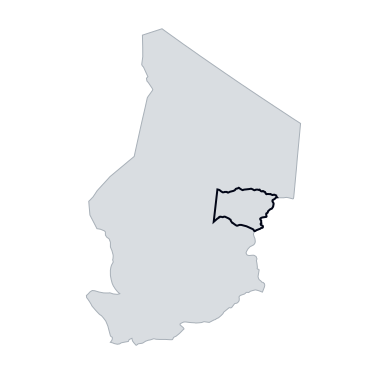 Chad, with Wadi Fira highlighted, rotated 6°
{"feature_id": "TCD-1473", "entity_name": "Wadi Fira", "entity_type": "Prefecture", "adm_level": 1, "iso_a3": "TCD", "parent_name": "Chad", "parent_adm1": "", "projection": "orthographic", "projection_center": [21.824, 14.959], "detail": "fine", "context": "in_parent", "style": "outline", "palette": "ink", "viewbox_px": 384, "rotation_deg": 6, "n_neighbors": 0, "source": "natural_earth", "source_scale": "10m", "svg_char_len": 6639}
<svg xmlns="http://www.w3.org/2000/svg" viewBox="0 0 384 384"><g transform="rotate(6 192 192)"><path d="M292.8,112.5L292.9,121.4L293.0,130.3L293.1,139.2L293.2,148.2L293.4,157.1L293.5,166.0L293.6,174.9L293.7,183.8L293.7,186.8L293.5,188.0L293.4,188.1L293.0,188.3L288.4,187.6L286.4,187.5L283.6,188.2L279.5,188.6L276.8,188.5L275.0,190.0L273.5,191.9L274.2,196.3L274.1,197.8L273.5,199.3L272.3,200.6L271.0,201.7L270.3,202.6L269.3,204.6L268.7,205.6L268.7,206.8L268.5,208.1L267.8,208.8L265.8,209.3L264.6,209.9L263.6,210.9L262.9,211.6L263.3,212.5L263.8,213.8L264.0,215.8L264.2,216.9L265.2,217.9L265.8,218.5L266.0,219.4L265.4,220.1L263.1,221.5L262.1,222.0L261.0,222.8L260.6,223.0L258.9,224.4L258.0,225.6L257.6,226.6L257.6,228.0L258.5,230.1L259.5,231.9L259.8,233.2L260.1,234.7L260.0,236.0L259.5,237.2L258.6,238.3L255.4,240.4L253.7,242.6L252.5,245.3L252.1,246.8L252.5,247.8L253.2,248.7L254.1,249.1L255.6,249.2L257.9,248.7L260.1,248.4L262.4,249.4L263.6,251.7L263.2,253.4L264.1,256.4L264.9,260.0L264.8,261.3L265.1,261.7L266.6,262.0L266.9,262.8L266.5,269.2L267.2,271.0L268.1,272.3L269.2,272.9L270.4,273.8L270.9,274.4L272.2,274.5L273.7,275.7L274.1,277.2L274.0,278.7L273.1,282.0L272.5,284.2L271.6,284.0L269.9,283.5L267.8,283.0L265.3,282.7L262.8,283.6L260.2,284.7L259.4,285.6L258.6,286.1L257.5,286.0L256.4,286.2L255.8,287.0L254.9,287.9L251.1,289.7L250.3,290.4L249.8,291.1L249.8,291.8L250.2,293.4L250.2,295.3L249.3,296.8L248.3,297.8L247.2,298.2L246.3,298.4L245.7,299.1L243.7,302.5L242.8,303.2L241.1,303.1L236.0,308.3L235.5,309.8L233.7,312.0L231.4,314.4L229.3,315.5L229.1,316.0L228.6,316.4L227.3,316.9L222.8,319.9L217.5,319.7L215.2,320.8L212.9,321.3L209.5,321.9L208.5,321.8L204.2,322.0L199.2,321.9L197.3,322.2L195.4,323.3L194.1,324.3L193.9,324.6L194.1,325.0L194.0,325.4L197.5,327.8L198.4,329.0L197.5,330.1L197.1,330.3L196.5,331.3L194.4,333.9L191.2,337.1L189.6,338.0L188.9,338.6L188.1,340.7L187.5,341.0L185.4,341.2L181.1,341.4L175.2,342.0L171.6,342.2L169.4,341.9L166.3,343.3L165.2,343.7L164.5,343.8L161.5,345.2L158.9,347.3L158.0,347.7L154.4,348.6L152.9,350.1L152.3,350.2L150.0,348.1L148.4,346.3L147.7,344.4L147.6,343.8L147.2,343.9L145.9,344.7L144.8,345.6L144.3,347.3L140.5,348.4L137.4,349.4L135.9,350.6L133.7,351.2L130.8,350.9L128.6,350.3L126.5,350.0L127.5,348.5L128.0,347.3L128.1,345.8L127.9,344.8L126.7,344.3L125.9,343.5L124.1,338.8L122.3,334.0L119.7,329.3L116.8,326.2L114.7,324.3L114.1,324.1L113.0,323.5L112.2,322.9L108.4,319.6L104.5,315.9L103.5,314.3L101.6,311.8L99.4,309.2L98.3,308.1L97.8,306.0L99.4,304.2L101.1,301.9L103.1,300.4L105.7,300.4L110.0,301.2L114.7,301.6L119.3,301.2L120.5,300.9L121.7,301.0L124.2,301.6L128.5,301.6L130.8,300.7L128.4,299.0L125.8,296.4L123.5,293.5L122.1,291.0L120.8,287.6L119.6,283.6L119.0,278.3L119.2,275.3L119.6,273.2L121.0,269.8L120.2,267.8L120.4,266.1L120.3,263.7L120.0,262.5L118.4,258.4L118.1,258.0L116.6,255.1L116.1,250.5L114.5,247.3L111.9,245.8L110.4,243.9L110.0,240.7L108.9,239.8L104.8,238.6L101.3,238.4L98.9,234.7L95.8,230.0L92.9,225.6L91.2,216.9L90.3,212.0L91.6,210.5L94.2,207.1L97.6,200.5L105.1,190.4L108.9,185.2L116.4,177.5L125.6,168.0L130.8,162.7L131.9,152.7L133.1,142.2L134.0,134.2L135.1,124.8L136.1,116.9L136.8,111.1L137.7,103.0L138.4,101.5L142.0,95.2L142.3,94.3L141.7,93.2L137.1,87.7L135.6,86.4L134.8,83.6L136.1,82.0L130.7,72.8L129.3,71.6L128.7,70.5L128.7,68.9L128.9,62.6L127.8,52.7L126.3,41.2L133.2,38.1L138.4,35.8L145.1,32.8L151.0,36.2L159.6,41.1L168.2,46.0L176.9,50.8L185.6,55.7L194.4,60.5L203.2,65.3L212.0,70.1L220.9,74.9L229.8,79.7L238.7,84.4L247.6,89.1L256.6,93.8L265.6,98.5L274.7,103.2L283.7,107.9L292.8,112.5Z" fill="#d9dde1" stroke="#a8b0b8" stroke-width="1"/><path d="M277.1,188.4L276.6,188.5L276.1,188.8L274.9,190.3L273.4,191.3L273.0,191.7L272.9,192.4L273.0,192.9L273.3,193.4L273.7,193.9L274.2,194.5L274.4,195.1L274.4,195.8L274.2,198.1L274.0,198.5L273.2,200.1L273.0,200.3L272.4,200.6L271.9,200.8L271.5,201.1L269.8,203.0L269.6,203.4L269.5,203.9L269.5,204.3L269.4,204.6L269.0,205.0L268.3,205.4L268.1,205.8L268.1,206.3L268.3,207.4L268.4,207.7L268.7,208.4L268.7,208.5L268.6,208.8L268.4,209.0L264.5,210.0L263.7,210.4L262.9,211.0L262.6,211.7L263.0,212.5L263.6,212.9L263.8,213.2L264.0,215.4L264.1,215.5L264.3,215.7L264.3,215.8L264.2,215.9L263.9,216.1L263.6,216.5L263.7,216.9L263.9,217.3L264.1,217.6L264.4,217.8L265.5,218.0L265.8,218.2L266.0,218.6L266.2,219.2L266.1,219.8L265.8,220.2L265.4,220.3L264.9,220.4L264.4,220.7L263.7,221.4L263.3,221.6L260.3,223.1L259.7,223.5L259.2,224.0L258.5,224.3L258.2,224.3L258.0,224.2L257.7,224.0L257.3,223.3L257.2,223.2L256.4,222.6L249.8,220.4L244.6,219.6L244.3,219.6L243.1,219.7L242.6,219.8L241.7,220.2L241.5,220.3L241.2,220.5L240.6,220.7L240.4,220.8L240.0,220.8L239.4,220.6L237.5,219.6L236.1,218.7L235.9,218.6L235.7,218.7L235.4,218.6L234.2,217.3L233.7,216.7L233.3,215.7L233.2,215.5L232.6,215.3L232.4,215.2L232.2,215.1L232.0,214.8L231.9,214.7L231.4,214.6L231.1,214.4L227.6,213.2L227.3,213.1L226.4,213.2L226.3,213.3L226.2,213.3L225.3,213.8L225.2,213.8L224.8,213.8L224.2,213.6L223.8,213.7L223.7,213.7L223.4,213.7L223.1,213.6L222.6,213.6L222.3,213.7L222.2,213.9L222.1,214.1L221.9,214.3L221.4,214.4L221.4,214.5L221.2,214.9L220.9,215.1L219.8,216.0L216.7,219.4L217.0,186.8L218.5,187.0L219.2,187.2L219.5,187.4L220.5,188.1L222.3,189.0L222.6,189.1L222.8,189.1L223.8,188.9L224.5,188.5L226.3,188.3L226.6,188.3L226.7,188.5L227.1,188.6L227.5,188.8L227.9,188.8L228.3,188.7L228.5,188.6L229.0,188.2L229.7,187.8L233.0,186.6L234.3,185.8L234.5,185.5L234.8,185.2L235.1,184.5L235.3,184.3L235.5,184.2L235.8,184.0L236.9,183.7L237.3,183.5L237.7,183.1L238.0,182.9L238.4,183.0L239.8,183.9L241.9,184.8L242.1,184.8L242.3,184.8L243.5,184.2L248.6,183.1L249.6,182.8L250.3,182.6L250.5,182.6L250.8,182.6L252.5,183.2L253.4,183.6L253.7,183.7L253.9,183.7L254.0,183.7L254.9,183.3L255.3,183.0L255.9,182.9L256.7,182.8L257.3,182.8L257.8,182.9L258.3,183.0L258.5,183.0L258.7,182.7L258.8,182.6L259.0,182.6L259.5,183.2L260.3,183.8L260.5,183.9L260.7,184.0L260.9,184.0L261.2,184.1L261.4,184.1L261.5,184.0L261.9,183.9L262.0,183.9L262.2,183.7L262.4,183.6L262.5,183.6L262.8,183.7L263.0,183.8L263.1,184.0L263.6,184.1L263.8,184.1L264.6,184.4L264.6,184.5L264.8,184.9L264.9,185.0L265.0,185.2L265.2,185.3L265.3,185.3L265.5,185.6L265.6,185.8L265.8,185.9L265.8,186.0L266.0,186.3L266.3,186.4L266.5,186.3L266.8,186.2L267.1,186.1L267.7,186.1L268.4,186.0L268.8,186.0L269.4,186.0L269.5,186.0L269.9,185.9L270.1,185.8L270.3,185.8L270.5,185.9L270.9,186.2L271.0,186.2L271.1,186.3L271.6,186.3L271.8,186.4L271.9,186.5L272.2,186.6L272.4,186.6L272.5,186.6L273.1,186.4L273.5,186.2L273.9,186.1L274.1,186.1L274.3,186.1L274.7,186.2L275.9,186.7L276.0,186.7L276.0,186.8L277.0,188.3L277.1,188.4Z" fill="none" stroke="#020617" stroke-width="2"/></g></svg>